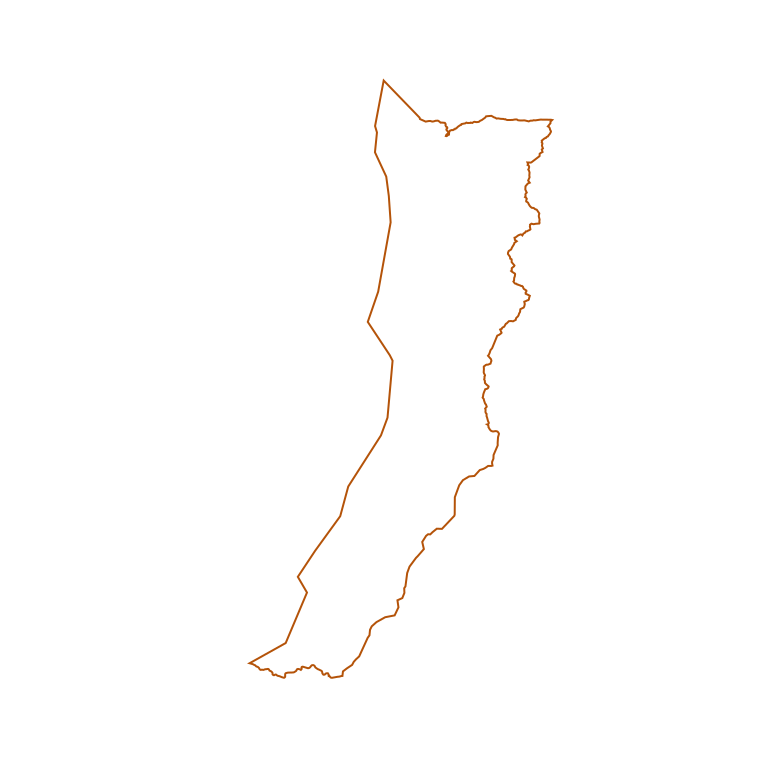 outline of Tu'shig, Selenge, Mongolia, rotated 116°
{"feature_id": "93677404B59520474253920", "entity_name": "Tu'shig", "entity_type": "district", "adm_level": 2, "iso_a3": "MNG", "parent_name": "Mongolia", "parent_adm1": "Selenge", "projection": "mercator", "projection_center": [105.193, 50.245], "detail": "fine", "context": "isolated", "style": "outline", "palette": "amber", "viewbox_px": 768, "rotation_deg": 116, "n_neighbors": 0, "source": "geoboundaries", "source_scale": "gbopen_adm2", "svg_char_len": 6119}
<svg xmlns="http://www.w3.org/2000/svg" viewBox="0 0 768 768"><g transform="rotate(116 384 384)"><path d="M677.4,333.4L676.2,333.1L674.8,333.9L674.3,333.8L673.8,333.3L673.6,332.7L672.8,327.8L672.4,327.2L671.8,326.6L670.9,326.2L669.3,325.9L668.5,325.6L668.1,325.1L667.7,324.4L667.6,323.9L667.7,323.4L667.8,322.8L668.8,321.5L669.2,319.3L669.3,318.2L669.2,317.6L669.2,314.7L669.3,314.1L669.6,313.7L670.0,313.3L671.1,312.5L671.8,311.2L671.7,310.6L671.4,310.2L671.0,309.8L669.9,309.5L669.2,308.8L668.6,307.7L669.2,306.7L670.5,305.8L670.1,305.5L670.8,304.3L671.2,303.3L670.9,302.0L667.6,297.5L666.6,295.9L664.9,294.0L664.6,293.4L660.3,294.9L655.7,292.6L650.4,289.5L647.0,289.4L643.8,288.5L639.7,286.9L619.3,287.4L616.2,286.9L611.1,288.8L607.2,288.8L601.3,286.4L593.1,280.7L587.3,273.0L578.4,273.1L572.5,277.1L568.4,273.7L562.8,274.1L558.7,276.3L556.5,276.0L543.7,280.3L536.9,281.0L526.2,279.0L524.2,278.3L514.9,275.8L509.2,280.4L502.0,279.6L499.7,278.5L498.9,276.5L495.8,275.4L490.9,273.1L488.8,268.4L471.6,263.0L470.2,263.3L454.7,270.7L442.0,272.0L435.8,270.9L429.8,267.0L427.0,262.4L419.4,260.2L416.8,257.5L414.9,256.1L412.0,254.5L411.5,253.5L410.6,251.6L409.8,250.7L407.9,252.1L406.6,252.7L403.2,252.9L399.8,254.4L389.3,254.9L387.2,256.0L381.8,258.2L378.4,258.8L377.5,259.9L377.0,261.1L377.1,262.1L377.5,263.2L378.9,265.2L379.1,266.3L379.1,267.5L378.7,268.5L378.2,269.4L376.9,271.3L376.0,271.6L375.2,272.7L375.1,273.5L374.5,272.8L373.6,272.6L372.8,272.9L371.8,274.2L368.7,276.9L368.0,277.7L365.9,278.7L365.4,279.8L364.6,280.6L362.6,281.4L361.8,282.3L359.4,281.7L357.7,283.4L357.3,284.5L354.8,287.0L353.8,287.7L353.0,289.4L351.9,289.5L349.8,290.2L347.8,290.5L344.3,290.7L343.5,289.7L342.7,289.0L341.8,288.7L340.7,288.8L340.3,288.9L339.5,291.9L338.8,293.7L337.8,294.3L337.0,294.7L335.8,296.1L334.6,296.2L333.5,296.9L332.1,296.9L331.8,297.1L330.5,298.9L329.8,299.5L326.9,300.7L324.7,301.9L324.1,301.8L323.2,301.2L322.5,301.0L321.7,300.3L321.1,299.1L319.0,297.2L317.4,297.5L316.1,297.6L314.8,298.7L313.0,302.9L311.9,302.6L309.5,302.7L307.0,303.1L304.4,302.5L290.9,303.4L289.2,302.0L286.8,300.8L286.4,300.8L284.1,303.5L282.7,302.3L281.7,302.4L281.1,302.1L279.8,301.1L276.5,300.9L275.8,300.3L272.8,299.3L271.7,297.4L271.1,295.5L268.6,293.7L267.7,294.0L266.7,294.1L264.5,293.3L263.3,293.2L261.2,293.5L260.1,293.3L259.0,293.5L257.9,294.0L256.9,294.2L254.1,292.0L253.1,291.9L250.4,292.5L249.4,293.4L248.5,294.0L246.9,292.5L245.9,291.8L245.3,291.0L244.2,290.9L243.1,291.3L240.8,291.6L240.7,293.9L240.8,296.2L239.8,296.8L238.4,296.6L237.6,297.0L237.2,300.1L236.5,301.0L235.7,301.8L235.4,303.0L235.8,303.6L235.7,304.8L235.9,305.7L235.9,306.8L236.2,307.9L235.8,308.9L236.3,309.9L236.1,310.8L235.2,312.6L234.0,312.5L231.5,313.5L230.0,313.6L227.8,314.3L227.4,314.7L227.0,318.1L226.7,319.2L226.1,318.9L225.5,319.1L224.6,319.7L223.7,319.9L221.2,318.7L220.3,318.7L218.5,322.7L216.2,323.8L215.9,324.2L216.0,325.5L214.7,326.3L214.3,326.8L212.8,329.6L211.6,330.1L210.4,330.2L209.8,330.2L207.3,328.7L205.2,328.8L201.3,328.4L200.1,328.7L197.5,327.3L197.1,329.5L195.3,330.8L194.7,330.1L191.4,328.4L189.8,326.9L189.5,326.3L189.5,325.8L189.8,324.8L187.6,324.6L186.2,323.6L184.7,323.5L184.2,322.5L182.7,321.5L181.8,320.6L180.8,320.2L178.4,322.0L177.4,322.2L176.8,322.6L175.3,321.8L174.8,319.6L173.5,317.9L171.7,314.8L171.0,314.8L170.1,315.5L167.9,316.3L165.7,318.2L164.7,318.7L162.6,319.2L160.4,323.1L160.6,324.9L160.2,326.5L160.3,327.1L160.8,328.2L160.7,329.2L160.1,330.9L159.1,332.5L157.9,334.0L157.7,335.0L157.6,336.2L156.5,336.7L155.0,336.8L154.3,337.9L154.2,339.2L153.0,339.1L151.9,339.9L150.7,340.1L149.4,339.6L147.3,342.2L144.3,343.5L141.0,342.7L140.1,342.1L139.2,341.3L138.0,343.6L134.3,343.8L133.1,344.7L130.1,345.9L128.5,347.4L128.1,348.3L127.0,348.3L125.8,348.5L124.8,349.0L124.3,349.7L124.2,350.9L123.4,350.8L122.9,351.2L122.0,352.2L120.7,349.2L120.2,348.7L111.0,344.1L109.9,344.5L108.9,345.0L107.9,344.6L106.0,343.2L104.0,345.0L102.6,344.4L100.6,346.5L99.7,346.8L98.7,346.9L98.1,347.3L97.8,348.1L96.9,348.3L96.1,348.9L92.7,347.3L92.0,346.4L90.8,346.2L89.6,345.2L88.4,345.1L86.6,344.6L84.2,344.5L83.7,344.7L82.6,346.2L81.3,347.3L80.6,348.7L80.6,349.6L76.6,348.7L75.2,349.4L73.0,348.6L73.3,349.8L77.8,359.3L80.8,363.7L81.3,365.1L82.1,365.9L83.2,367.9L84.5,369.0L85.4,373.1L87.4,377.0L88.2,379.2L88.0,380.6L89.0,382.5L90.3,384.2L92.6,388.7L92.9,389.9L92.8,391.0L93.3,391.8L93.4,392.8L94.6,395.6L95.2,397.8L96.1,399.2L95.9,400.7L96.1,401.7L95.9,405.0L97.6,407.9L98.7,409.6L100.1,409.8L103.9,411.8L105.3,413.0L106.8,413.7L107.4,414.5L108.2,415.9L108.7,417.7L109.3,418.3L110.7,419.1L111.0,420.6L111.5,420.8L112.1,422.1L112.7,423.0L113.0,424.6L114.0,425.1L116.4,428.3L117.2,428.2L118.3,429.2L120.5,430.4L122.6,431.1L123.3,432.0L124.1,432.1L124.4,432.7L125.6,433.3L126.1,434.5L127.4,435.8L129.3,435.8L131.4,434.9L132.3,435.7L133.2,436.0L133.9,436.6L134.0,437.1L132.6,437.2L130.8,436.4L130.0,436.3L129.3,437.0L128.9,437.5L128.6,438.8L127.7,439.6L126.9,439.3L126.1,439.3L125.5,439.9L125.5,440.9L125.0,441.6L124.3,442.3L123.5,442.4L123.0,443.0L122.6,443.8L123.8,446.9L124.3,447.7L123.8,449.5L123.7,451.0L124.7,452.9L126.2,454.5L127.0,455.7L127.3,457.7L128.2,459.3L129.9,461.6L130.1,467.8L129.0,468.8L111.4,517.3L156.1,505.1L161.0,500.6L179.7,493.7L196.6,472.9L212.9,462.1L235.8,448.9L303.6,429.7L335.3,425.8L355.6,391.4L359.3,386.5L412.7,366.1L431.5,364.2L491.8,371.2L522.0,365.4L564.1,372.8L595.1,376.9L605.2,361.8L659.9,358.8L693.9,382.4L693.3,379.0L693.4,377.3L693.3,376.4L693.8,375.2L693.8,374.4L693.6,373.7L693.7,373.0L694.0,372.0L694.8,370.8L695.0,370.3L695.0,369.5L694.3,368.5L693.8,367.0L692.6,365.9L691.8,364.6L691.0,363.5L690.9,363.2L690.9,362.7L691.1,362.2L691.8,361.2L691.7,359.9L692.0,358.5L692.6,357.5L693.8,356.9L694.0,356.5L694.1,355.7L694.0,355.3L693.7,354.9L693.0,354.5L692.6,354.0L692.5,353.7L692.9,351.9L692.4,349.6L692.3,347.4L691.9,345.2L691.6,344.8L691.1,344.6L690.5,344.5L688.4,345.5L687.7,345.7L687.1,345.6L686.4,344.9L685.5,343.8L683.1,339.2L682.4,338.4L680.6,337.3L679.8,337.1L679.1,337.2L678.5,337.1L678.2,336.8L677.8,336.4L677.6,335.7L677.3,334.2L677.4,333.4Z" fill="none" stroke="#b45309" stroke-width="2"/></g></svg>